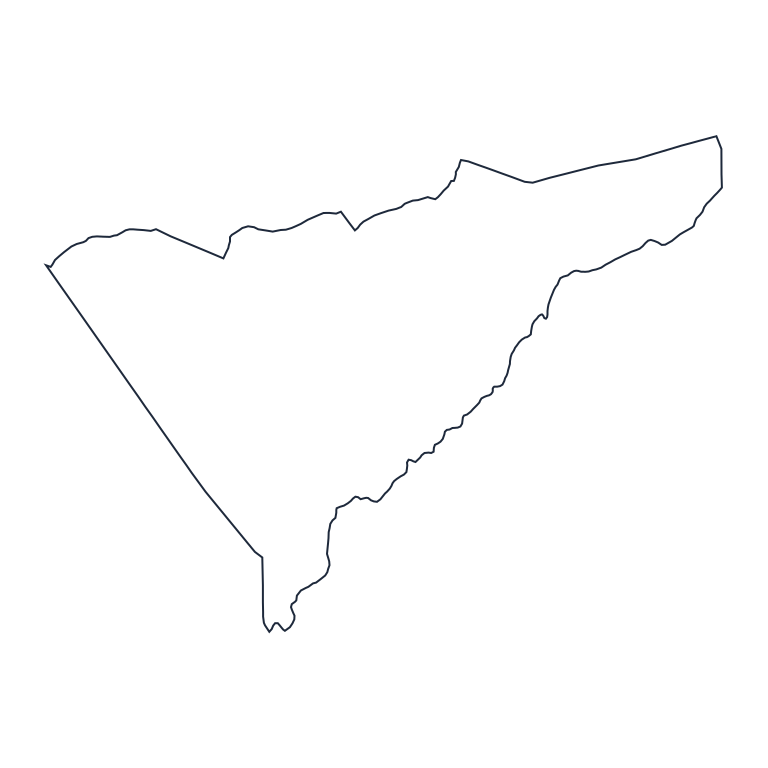 Astacinga, Puebla, Mexico (Mercator projection)
{"feature_id": "50627088B26484919164415", "entity_name": "Astacinga", "entity_type": "district", "adm_level": 2, "iso_a3": "MEX", "parent_name": "Mexico", "parent_adm1": "Puebla", "projection": "mercator", "projection_center": [-97.094, 18.555], "detail": "fine", "context": "isolated", "style": "outline", "palette": "slate", "viewbox_px": 768, "rotation_deg": 0, "n_neighbors": 0, "source": "geoboundaries", "source_scale": "gbopen_adm2", "svg_char_len": 4336}
<svg xmlns="http://www.w3.org/2000/svg" viewBox="0 0 768 768"><path d="M269.3,631.8L271.7,629.1L273.2,625.6L275.1,623.2L277.8,623.2L279.5,625.1L281.6,627.7L283.1,629.5L284.9,630.8L289.9,627.2L292.5,623.3L294.3,619.4L294.5,615.7L293.3,613.1L291.8,609.5L291.0,607.1L291.8,604.1L295.0,601.8L296.3,600.4L296.9,595.6L300.9,590.5L305.7,588.0L308.4,586.8L313.0,583.4L316.1,582.6L320.3,579.4L325.2,575.5L327.3,572.2L328.2,568.8L329.5,565.2L329.2,561.4L328.3,558.2L327.0,553.9L327.4,549.8L328.0,543.8L328.5,538.2L328.7,532.1L329.6,528.2L330.3,523.9L332.5,520.4L335.4,517.9L336.3,512.8L336.3,509.9L336.7,508.2L340.0,506.8L344.0,505.6L347.8,503.3L350.9,500.9L353.0,498.5L355.4,496.7L358.1,497.2L360.6,499.2L363.9,498.3L366.2,497.8L368.1,498.0L371.0,500.3L373.8,501.4L377.0,501.8L380.4,499.3L385.0,493.5L387.1,491.6L389.8,488.6L391.5,485.8L392.5,483.3L394.1,481.1L396.7,479.0L400.7,476.3L403.9,474.6L406.4,472.1L406.9,468.9L407.3,465.5L407.0,462.5L408.6,459.7L411.2,460.2L413.3,461.3L415.5,462.0L420.2,457.5L421.6,455.3L424.5,453.0L428.6,452.6L431.2,453.0L433.6,451.7L433.9,447.8L434.9,444.8L437.8,443.5L440.5,441.7L442.8,438.9L444.4,434.3L444.9,431.7L446.8,429.9L449.6,429.5L452.4,428.0L454.5,427.9L457.7,427.6L460.4,426.5L462.1,423.6L462.5,420.5L462.9,417.4L463.9,415.6L467.1,414.5L470.7,411.7L473.1,409.0L477.0,405.1L479.3,402.6L480.2,400.5L481.5,398.4L484.3,396.9L486.8,395.9L489.1,395.3L491.0,394.2L492.5,392.2L492.8,390.9L492.7,388.8L493.3,387.5L494.2,386.7L497.0,386.7L500.1,386.1L502.5,384.6L504.2,381.2L505.1,378.2L506.6,375.6L507.6,372.8L508.1,370.3L509.0,367.1L509.9,364.0L510.0,361.2L510.7,356.9L511.7,353.9L513.9,350.4L515.1,347.7L516.9,345.4L519.1,342.3L521.8,339.6L525.1,337.5L527.0,337.1L528.7,336.1L530.8,334.4L531.2,330.8L531.9,326.7L532.5,324.3L534.3,321.2L537.0,318.4L538.6,316.2L540.6,314.8L542.0,314.4L543.1,315.5L543.9,317.1L544.4,318.1L545.9,318.7L547.1,317.1L547.5,314.6L547.5,311.1L547.9,307.6L548.5,304.4L549.6,301.2L550.8,297.7L554.0,289.8L555.7,286.8L557.5,284.6L559.1,280.6L560.3,278.2L563.4,276.6L567.8,275.4L571.1,272.7L574.0,271.1L576.2,270.7L578.2,270.9L581.0,271.7L585.5,271.8L588.7,271.5L592.4,270.2L596.3,269.4L601.3,267.6L605.6,264.7L610.4,262.2L615.2,259.4L620.0,257.2L624.7,254.9L631.2,251.8L636.2,250.1L639.6,248.7L642.7,246.2L645.5,243.0L648.2,240.6L650.8,239.9L654.5,241.0L658.1,242.5L661.7,244.9L665.2,244.7L671.9,240.9L675.7,237.8L679.9,234.4L683.6,232.2L687.2,230.2L692.0,227.5L693.8,225.9L694.6,223.1L695.6,220.3L696.5,218.3L700.0,214.9L702.5,211.7L704.2,207.2L706.7,203.7L710.0,200.6L711.5,198.9L714.3,195.8L717.3,192.8L720.3,189.5L721.9,187.6L721.5,174.3L721.4,148.9L716.4,136.2L708.3,138.4L699.3,140.8L691.3,143.0L681.2,145.7L669.6,149.2L655.7,153.3L639.8,158.1L635.8,159.3L618.3,162.2L607.4,164.0L598.4,165.5L589.7,167.7L577.4,170.8L568.4,173.1L557.3,175.9L549.7,177.8L532.7,182.7L524.7,181.8L511.2,176.8L501.7,173.4L492.4,170.0L485.7,167.6L478.8,165.2L468.3,161.4L461.0,160.0L459.9,162.7L458.8,167.0L455.8,172.0L455.9,174.2L455.1,177.8L454.4,179.6L453.9,180.9L451.2,181.0L448.6,185.5L448.1,186.5L443.7,190.6L440.7,194.2L437.9,197.2L435.3,199.2L430.7,198.1L427.8,197.1L424.2,198.2L418.0,200.1L412.8,200.6L406.3,203.1L404.7,203.8L401.2,207.0L400.7,207.2L399.8,207.5L396.3,208.9L388.6,210.6L381.1,213.1L374.4,215.5L368.3,219.0L363.5,221.6L360.2,224.6L357.7,228.0L354.9,230.4L349.2,222.9L340.9,211.7L336.2,213.6L329.1,212.9L323.5,213.0L317.8,215.4L313.2,217.4L307.7,219.8L300.8,223.9L296.0,226.1L291.6,228.0L285.9,229.7L280.7,230.0L272.7,231.6L265.4,230.4L258.3,229.3L254.1,227.2L248.1,226.3L242.3,228.0L239.1,230.3L235.7,232.5L231.8,234.9L230.0,237.1L230.0,241.5L228.9,245.1L228.3,248.1L226.1,252.5L223.4,258.4L210.4,252.9L196.3,247.0L184.8,242.2L170.6,236.3L156.0,229.2L150.8,230.9L143.7,230.1L137.7,229.7L132.8,229.3L129.6,229.3L125.6,230.3L122.3,232.3L117.0,235.2L114.0,235.6L109.9,236.9L103.5,236.7L96.9,236.4L92.3,236.8L88.5,238.1L85.9,240.9L83.3,242.2L76.7,244.0L71.4,246.5L64.1,252.1L59.2,256.2L55.0,260.0L52.4,264.6L50.7,266.9L46.1,265.3L58.4,282.9L81.5,315.7L121.6,372.9L129.3,383.9L138.2,396.5L145.3,406.8L152.3,416.6L161.4,429.7L168.7,440.1L172.9,446.1L180.7,457.2L186.2,464.9L191.6,472.7L197.9,481.3L205.5,491.7L247.4,542.8L254.9,551.9L262.3,557.5L262.9,585.5L262.9,602.3L263.1,611.9L263.1,616.6L263.9,622.8L265.0,625.3L269.3,631.8Z" fill="none" stroke="#1e293b" stroke-width="2"/></svg>